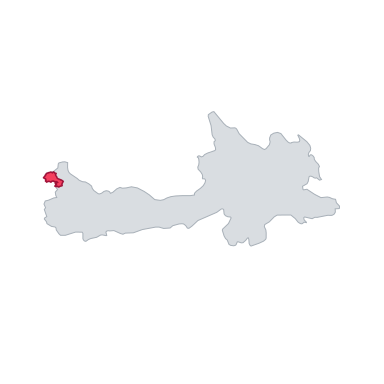 location of Khong, Champasak, Laos, rotated 119°
{"feature_id": "54806243B24917082255411", "entity_name": "Khong", "entity_type": "district", "adm_level": 2, "iso_a3": "LAO", "parent_name": "Laos", "parent_adm1": "Champasak", "projection": "natural_earth1", "projection_center": [106.019, 14.226], "detail": "fine", "context": "in_parent", "style": "filled", "palette": "rose", "viewbox_px": 384, "rotation_deg": 119, "n_neighbors": 0, "source": "geoboundaries", "source_scale": "gbopen_adm2", "svg_char_len": 6934}
<svg xmlns="http://www.w3.org/2000/svg" viewBox="0 0 384 384"><g transform="rotate(119 192 192)"><path d="M145.0,58.9L146.5,61.9L153.4,70.1L154.6,72.3L157.1,74.0L159.2,81.3L160.1,81.8L161.2,81.2L162.1,80.2L162.9,77.4L163.3,77.1L164.1,79.4L166.1,80.1L166.9,81.1L167.1,82.9L166.9,84.7L165.2,88.8L164.2,94.4L170.9,106.3L173.8,108.0L180.6,109.9L185.2,112.6L187.3,111.9L189.4,109.0L191.8,107.3L196.4,104.8L197.7,104.6L200.3,105.6L204.4,108.6L210.7,114.2L210.4,115.6L209.3,117.1L205.9,119.3L204.8,120.7L205.5,121.2L208.3,121.6L211.6,122.8L212.6,124.3L213.2,127.6L213.7,128.2L216.8,127.9L217.7,128.3L218.8,129.4L219.9,132.2L219.9,134.2L216.9,137.9L216.5,140.0L214.9,142.6L210.7,147.0L209.6,147.2L201.9,144.8L195.7,145.2L195.2,146.1L196.3,148.7L196.5,151.3L195.6,153.3L192.0,155.8L191.9,157.0L192.6,158.1L197.8,160.5L214.1,173.0L221.6,175.4L224.9,176.9L225.7,177.8L225.7,178.9L224.8,180.3L224.1,182.8L224.1,184.2L224.8,185.7L226.2,187.8L230.8,192.5L234.1,193.7L237.6,199.1L238.7,203.9L240.4,206.9L248.9,217.2L256.1,223.5L260.3,230.4L262.4,231.9L263.0,234.4L263.6,241.6L266.0,245.2L266.5,246.6L267.6,247.7L268.8,247.9L271.3,245.5L271.8,245.9L273.0,249.7L274.0,251.1L277.8,253.4L281.8,258.0L283.9,259.6L286.6,260.9L287.0,262.4L286.5,263.8L285.7,264.8L281.0,267.4L280.4,268.6L283.5,274.4L291.2,281.7L293.6,286.0L293.1,288.1L291.0,292.3L289.4,293.5L289.0,294.8L290.2,298.2L290.0,303.5L288.6,304.8L287.2,308.1L286.2,308.3L283.9,307.1L278.9,312.7L276.8,312.4L274.3,315.6L271.0,316.0L268.8,313.6L264.1,309.9L262.4,307.6L260.9,309.6L258.4,311.5L254.9,310.8L253.9,313.6L253.2,314.1L249.0,314.6L248.2,315.1L248.9,317.6L251.4,321.9L252.1,324.4L250.6,328.5L246.2,328.4L244.2,326.7L241.7,323.3L236.0,321.0L232.2,322.6L231.1,322.5L228.3,319.6L227.2,317.7L226.6,315.0L230.9,312.7L233.1,311.0L234.5,309.1L235.1,307.2L235.8,299.1L236.4,296.3L236.1,292.8L234.9,290.1L234.9,286.0L235.5,282.7L237.2,281.0L238.3,278.6L239.0,273.2L238.5,271.9L236.9,270.5L234.2,269.3L232.5,267.7L231.8,265.8L231.8,264.1L232.7,262.7L230.6,261.1L225.7,259.3L222.9,257.2L222.4,254.7L220.3,251.5L216.8,247.5L214.9,241.7L214.7,234.1L215.2,228.0L216.7,220.9L214.7,215.7L212.4,213.0L209.3,211.0L206.3,208.2L203.4,204.4L200.0,198.9L196.0,191.7L193.4,188.4L192.0,189.2L189.1,188.5L184.7,186.4L180.9,185.2L177.7,185.1L175.5,185.6L174.5,186.7L174.5,187.8L175.3,188.9L174.8,189.7L173.1,190.3L171.7,191.5L170.2,194.2L169.1,197.7L167.4,199.0L164.9,199.3L162.5,200.3L160.0,202.0L158.9,203.3L159.0,204.2L158.5,204.4L157.3,203.9L156.7,202.7L156.8,200.9L155.6,199.7L153.1,199.1L150.2,197.1L144.7,192.1L143.4,191.9L141.6,193.2L139.3,196.0L137.3,197.1L135.8,196.5L134.6,197.5L133.7,200.1L132.2,202.1L124.7,207.5L118.0,214.5L116.4,215.2L112.3,213.2L111.1,211.8L116.7,197.5L117.6,194.0L117.4,189.4L115.1,185.6L115.0,184.5L115.4,183.3L118.2,178.9L121.6,167.4L121.4,163.9L120.0,159.9L119.3,156.2L119.9,151.2L119.7,149.2L118.2,148.2L113.1,147.2L110.2,148.0L108.8,149.4L107.1,150.3L103.9,150.7L100.9,149.0L98.4,146.1L97.8,142.6L101.0,134.9L101.8,132.0L101.8,130.6L101.2,129.1L100.5,128.9L98.9,127.1L97.3,123.9L95.9,122.5L94.5,122.8L93.2,124.0L91.0,127.0L90.4,126.6L92.3,116.0L94.1,111.5L96.2,109.4L98.4,108.5L100.7,108.9L102.7,108.5L104.2,107.4L104.1,106.7L102.2,106.6L101.5,105.4L101.9,103.1L102.8,101.7L104.0,101.0L105.3,98.7L106.5,94.9L107.9,92.9L109.6,92.9L112.5,91.2L116.7,87.9L118.3,84.8L119.8,86.2L119.2,89.9L120.0,90.7L120.4,92.0L120.2,94.0L120.5,95.7L121.1,96.6L122.0,97.0L126.4,95.5L129.0,95.4L133.4,98.1L136.0,96.1L136.0,95.4L133.9,92.8L134.6,83.6L134.4,76.5L130.8,71.3L130.1,69.2L129.8,65.8L128.8,62.9L131.4,60.5L132.8,56.2L134.6,55.2L135.2,55.3L137.3,58.6L140.1,56.9L142.2,56.9L144.0,57.8L145.0,58.9Z" fill="#d9dde1" stroke="#a8b0b8" stroke-width="1"/><path d="M253.3,314.8L253.3,314.7L253.2,314.4L253.2,314.2L253.2,313.9L253.1,313.6L253.0,313.4L252.9,313.0L252.8,312.8L252.6,312.7L252.2,312.5L252.1,312.4L252.1,312.2L252.2,311.8L252.3,311.7L252.4,311.4L252.3,311.2L252.1,310.8L252.0,310.7L251.4,310.5L251.2,310.3L251.0,310.1L250.9,310.0L250.7,310.0L250.3,309.6L250.1,309.3L250.1,309.2L249.8,309.0L249.6,308.8L249.5,308.7L249.4,308.7L249.1,308.8L248.9,308.9L248.8,309.0L248.6,309.3L248.3,309.6L248.1,309.6L247.6,309.7L247.4,309.7L247.2,309.7L246.9,309.7L246.7,309.7L246.6,309.8L246.4,309.8L246.3,309.7L246.2,309.7L245.9,309.8L245.8,309.7L245.7,309.7L245.6,309.8L245.4,309.8L245.1,309.8L244.9,310.9L244.9,311.0L244.9,311.5L244.8,311.8L244.9,312.0L244.9,312.3L244.9,312.5L245.0,312.6L244.9,312.7L244.9,312.8L245.0,313.3L245.1,313.6L245.1,313.8L245.1,314.1L245.1,314.3L245.3,314.7L245.3,315.1L245.4,315.4L245.3,315.8L245.1,316.9L244.9,317.1L244.4,317.6L244.2,317.8L244.0,318.4L243.6,319.2L243.4,319.5L243.1,319.8L242.4,319.7L242.1,319.7L242.0,319.8L241.8,319.8L241.7,319.8L241.6,320.1L241.7,320.4L241.8,320.5L241.9,320.8L242.0,320.8L242.1,321.0L241.8,321.4L241.8,321.5L241.7,321.7L241.7,321.8L241.6,322.0L241.5,322.3L241.6,322.7L241.6,322.8L241.7,323.0L241.8,323.0L242.2,323.1L242.4,323.2L242.6,323.2L242.8,323.3L243.0,323.4L243.0,323.5L242.9,323.8L242.9,324.0L242.9,324.3L242.9,324.5L243.0,325.1L243.1,325.3L243.3,325.4L243.4,325.5L243.5,325.5L243.8,325.8L244.0,325.9L244.1,326.2L244.2,326.4L244.4,326.5L244.5,326.6L244.7,326.8L244.9,326.9L244.9,327.0L245.0,327.0L245.3,327.2L245.3,327.3L245.5,327.4L245.6,327.5L245.8,327.8L246.0,328.0L246.4,328.3L246.5,328.3L246.9,328.3L247.0,328.2L247.3,328.2L247.5,328.2L248.1,328.4L248.2,328.5L248.4,328.5L248.5,328.4L248.5,328.2L248.9,328.2L249.0,328.3L249.3,328.3L249.6,328.4L249.8,328.5L250.2,328.6L250.5,328.6L251.3,328.8L251.5,328.8L251.6,328.7L251.6,328.3L251.6,328.1L251.6,327.9L251.6,327.7L251.6,327.4L251.5,327.2L251.6,326.9L251.5,326.7L251.4,326.6L251.5,326.4L251.6,326.2L251.9,326.2L252.0,326.2L252.3,326.0L252.2,325.9L252.2,325.7L252.5,325.4L252.7,325.5L252.8,325.5L253.0,325.4L253.3,325.4L253.4,325.2L253.5,325.2L253.5,324.9L253.6,324.7L253.7,324.4L253.8,324.1L253.8,323.9L253.7,323.9L253.5,323.7L253.4,323.7L253.2,323.5L253.1,323.4L252.9,323.3L252.7,323.2L252.5,322.9L252.4,322.8L252.4,322.7L252.2,322.6L252.0,322.4L252.0,322.0L252.0,321.9L251.9,321.8L251.8,321.6L251.8,321.1L251.8,320.8L251.8,320.6L251.8,320.2L251.7,320.1L251.4,320.0L251.2,319.9L250.9,319.9L250.6,319.7L250.4,319.7L250.2,319.5L250.1,319.2L249.9,318.9L249.7,318.7L249.7,318.4L249.5,318.2L249.5,317.8L249.5,317.6L249.7,317.4L249.6,317.2L249.5,316.8L249.4,316.6L249.4,316.3L249.5,316.2L249.4,316.1L249.2,316.0L248.9,316.1L248.8,315.9L248.7,315.8L248.7,315.7L248.7,315.4L248.8,315.1L248.6,314.9L248.7,314.7L248.7,314.4L248.8,314.2L249.0,314.4L249.2,314.6L249.4,314.8L249.5,315.0L249.8,315.0L250.0,315.0L250.1,314.9L250.2,315.0L250.3,315.0L250.3,314.9L250.5,314.8L250.8,315.0L250.9,315.3L251.0,315.1L251.1,314.9L251.2,314.6L251.1,314.4L251.2,314.2L251.3,314.2L251.5,314.2L251.6,314.3L251.9,314.5L252.0,314.6L252.2,314.4L252.3,314.4L252.5,314.3L252.6,314.2L252.8,314.3L252.9,314.5L253.0,314.5L253.1,314.8L253.3,314.8Z" fill="#f43f5e" stroke="#9f1239" stroke-width="1.5"/></g></svg>